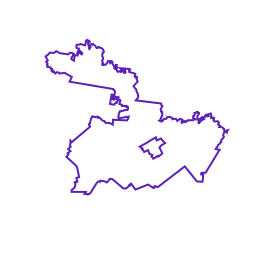 outline of Olaines pag., Olaines, Latvia, rotated 194°
{"feature_id": "27541924B81919348432461", "entity_name": "Olaines pag.", "entity_type": "district", "adm_level": 2, "iso_a3": "LVA", "parent_name": "Latvia", "parent_adm1": "Olaines", "projection": "mercator", "projection_center": [24.014, 56.772], "detail": "fine", "context": "isolated", "style": "outline", "palette": "violet", "viewbox_px": 256, "rotation_deg": 194, "n_neighbors": 0, "source": "geoboundaries", "source_scale": "gbopen_adm2", "svg_char_len": 5909}
<svg xmlns="http://www.w3.org/2000/svg" viewBox="0 0 256 256"><g transform="rotate(194 128 128)"><path d="M134.0,182.4L140.5,182.8L140.9,184.3L140.2,184.7L140.1,185.2L140.9,185.1L141.0,185.6L145.0,185.0L144.7,183.2L144.9,182.7L144.1,182.1L143.8,181.1L145.0,180.5L145.7,181.5L146.9,181.9L147.0,182.8L146.3,182.9L146.6,184.7L150.1,184.2L149.1,183.4L147.1,183.1L147.0,181.9L147.3,181.9L147.3,181.4L147.8,181.1L148.1,181.4L148.0,182.0L148.5,182.2L149.0,181.9L148.6,180.8L150.7,180.7L151.6,180.0L152.6,180.8L153.0,181.7L153.4,182.7L153.1,183.8L153.8,183.6L154.1,186.4L155.0,186.3L154.4,184.0L154.4,182.7L154.7,182.2L155.3,182.4L155.8,182.9L156.7,184.9L158.5,186.4L159.2,188.6L160.1,188.8L160.6,188.8L160.3,187.7L161.1,186.7L161.7,188.2L163.6,188.3L163.9,186.3L164.9,184.2L167.2,183.0L168.3,183.1L168.7,183.6L167.8,185.0L169.2,186.5L169.4,187.1L169.2,188.1L168.8,189.1L169.6,190.7L170.4,191.4L170.8,194.0L170.6,194.2L170.6,195.3L169.8,195.9L170.1,196.7L171.2,198.1L173.2,199.2L175.6,199.1L175.9,199.6L176.5,199.1L176.3,198.8L177.7,198.0L179.6,199.7L181.9,200.8L182.4,200.5L182.7,201.1L183.5,200.7L185.0,198.4L183.9,197.6L184.6,195.3L184.9,195.4L185.4,197.2L185.9,197.9L185.5,198.5L186.8,199.4L187.5,201.3L186.0,201.5L186.1,202.8L188.9,203.6L189.8,202.7L189.5,197.8L194.6,198.0L195.1,197.2L197.9,196.4L197.8,194.2L197.3,193.1L194.9,193.2L194.8,192.1L190.5,189.6L190.7,188.3L193.0,189.0L193.8,188.9L193.5,189.7L195.2,190.0L195.3,188.3L194.6,188.3L194.4,186.1L197.2,185.9L196.7,180.2L199.7,181.2L199.8,183.1L199.3,183.4L198.8,186.9L200.0,187.2L202.5,187.0L203.8,185.0L212.3,184.1L216.1,185.2L217.4,183.9L217.5,183.4L217.9,182.9L222.0,182.3L223.8,179.1L225.3,177.5L222.2,174.1L223.4,172.4L221.7,171.1L222.0,169.6L221.1,169.3L221.0,167.7L218.3,168.1L216.1,167.0L216.8,166.3L216.5,165.9L215.7,165.7L215.5,165.3L215.2,165.4L215.0,164.9L214.8,165.3L214.6,165.0L214.8,164.8L214.7,164.8L214.6,165.0L213.9,165.1L213.5,164.2L212.9,164.3L211.8,163.3L210.6,164.9L208.2,165.0L207.6,164.3L202.8,166.2L194.9,163.9L195.9,158.8L152.0,162.2L151.9,161.8L150.8,161.6L149.5,160.5L149.2,156.7L152.0,156.5L151.3,147.0L147.1,147.2L146.0,149.7L145.1,149.6L144.7,150.1L144.7,152.5L146.7,153.3L148.9,153.5L148.8,152.0L149.9,152.3L150.8,154.6L149.5,154.6L147.9,155.4L146.1,155.0L144.8,155.8L144.2,153.5L142.1,153.1L142.1,149.2L139.6,149.1L139.2,148.0L138.4,148.4L137.8,148.1L134.8,149.1L134.2,148.9L134.2,147.9L132.9,148.1L132.6,146.0L133.3,145.2L136.2,144.3L136.7,143.6L139.5,142.4L139.9,141.4L140.1,141.5L140.4,139.5L140.0,137.8L140.2,136.5L139.4,135.2L130.1,139.2L130.3,136.6L130.8,135.1L144.6,132.4L143.7,129.5L144.3,128.6L143.8,127.7L146.9,128.3L149.2,128.1L151.0,127.5L152.5,129.0L153.6,128.8L155.6,129.5L156.7,130.4L158.8,131.3L159.0,130.7L159.7,130.5L159.9,130.6L159.8,131.3L160.3,131.6L161.7,131.2L162.5,130.5L165.0,130.8L165.3,130.3L165.8,130.2L165.7,129.1L166.1,128.5L166.2,127.5L166.1,123.4L166.9,122.4L166.2,121.1L165.2,120.5L165.2,120.0L179.2,100.6L180.7,101.7L179.9,97.4L180.0,96.5L179.1,95.8L181.0,93.1L178.2,91.7L180.5,89.0L179.4,88.1L180.7,85.1L168.8,78.6L167.7,77.2L163.6,68.6L166.0,67.0L165.2,65.9L164.9,64.7L164.2,63.7L166.5,62.7L166.6,62.2L165.4,61.2L165.4,57.2L167.7,54.2L167.3,52.4L153.6,55.7L154.2,53.5L153.0,53.8L152.9,54.3L150.9,53.7L150.6,54.4L149.2,55.0L148.6,56.2L145.1,67.0L144.0,68.9L143.1,69.4L142.1,69.0L141.6,70.4L137.8,70.6L135.6,70.0L135.0,70.4L133.3,74.2L132.8,74.5L131.0,74.6L129.9,74.2L117.8,68.2L115.4,68.9L112.2,72.7L112.9,73.1L111.6,74.8L105.9,70.1L94.8,78.0L89.6,76.2L89.6,76.6L88.0,76.3L87.8,78.2L84.8,77.8L63.6,104.5L48.2,92.8L42.8,93.8L42.9,95.9L43.7,100.9L45.8,100.7L45.9,102.1L41.8,103.6L33.9,129.0L37.8,128.8L37.4,130.3L36.8,131.2L36.5,133.2L35.1,135.0L34.7,136.8L34.2,137.0L34.5,138.3L34.4,139.4L33.8,140.4L33.3,140.8L32.9,142.5L32.9,142.9L33.9,143.6L33.8,146.6L33.5,147.4L32.6,147.7L31.0,147.4L31.0,149.0L30.7,150.0L33.3,148.5L34.7,149.5L34.7,150.5L38.3,151.9L38.2,151.5L39.8,151.0L39.6,152.5L40.3,153.1L41.3,153.1L41.5,153.6L41.2,154.9L41.5,155.3L41.3,155.5L42.5,156.3L45.7,155.2L46.6,155.7L46.8,156.0L46.8,158.4L47.4,158.7L47.7,157.9L50.0,158.0L50.1,158.7L49.9,159.5L50.6,161.5L51.2,162.1L53.3,160.8L54.0,160.0L53.9,159.7L52.7,159.1L53.7,158.6L54.9,159.9L56.0,159.1L56.2,158.4L55.7,157.7L56.5,156.6L57.6,156.4L57.4,155.3L56.5,154.8L58.4,153.6L60.0,150.5L60.0,150.0L60.7,149.9L61.3,152.2L60.7,151.9L60.1,152.2L58.2,155.8L58.0,155.7L57.9,156.6L58.6,156.6L59.9,154.8L61.5,153.3L61.6,153.7L62.9,153.1L63.5,156.3L63.0,158.2L62.4,159.2L62.6,159.6L63.4,159.1L64.2,160.5L65.3,160.2L65.8,159.1L67.1,158.7L66.6,157.3L66.7,157.1L66.5,156.8L66.8,155.8L67.2,155.9L67.6,155.3L67.0,154.5L67.4,153.6L66.6,152.9L65.1,152.9L65.0,152.6L66.0,152.1L66.8,151.2L71.4,150.2L71.4,149.7L71.9,149.7L73.0,149.0L73.2,148.7L73.1,148.1L73.5,147.6L73.9,147.5L74.1,148.2L74.8,148.4L76.8,146.0L77.3,146.2L77.3,147.2L77.0,148.2L76.7,148.5L77.2,149.2L77.9,148.9L78.8,149.1L78.8,149.4L80.0,149.3L81.9,146.8L83.7,148.5L85.6,148.0L86.6,147.4L86.7,147.9L87.4,147.8L87.8,148.5L90.0,148.9L90.5,148.4L91.7,148.5L92.5,148.0L93.1,146.1L95.3,145.6L95.9,144.9L95.8,143.6L96.3,143.1L97.0,143.2L97.1,142.4L98.6,142.5L99.4,142.8L98.5,143.5L98.5,145.2L97.8,149.0L98.6,150.9L98.5,151.7L99.4,152.1L100.0,152.0L100.1,152.8L100.9,154.3L99.9,157.7L100.7,157.9L101.6,159.0L101.8,159.8L127.1,156.7L125.6,160.0L125.7,160.9L126.0,161.9L126.4,162.3L126.6,163.4L128.2,165.0L129.1,166.9L129.8,167.8L130.5,168.0L132.8,170.0L129.9,175.4L131.9,178.1L131.4,178.7L131.8,179.7L132.6,179.8L133.5,179.3L134.1,179.5L133.9,181.2L134.0,182.4ZM98.2,105.8L98.2,107.1L97.9,107.7L101.0,108.1L103.2,111.4L106.5,108.6L107.4,109.7L108.7,110.3L108.6,110.5L109.3,111.0L109.0,111.6L112.1,112.7L105.3,119.0L103.8,120.8L98.7,125.7L98.3,125.1L98.2,124.3L97.0,122.9L93.5,125.8L92.4,124.8L88.3,122.4L91.4,119.3L92.8,116.7L88.6,111.8L88.7,111.3L91.7,107.5L92.4,108.1L92.7,108.0L95.2,104.9L95.9,104.6L95.8,105.1L98.2,105.8Z" fill="none" stroke="#5b21b6" stroke-width="2"/></g></svg>